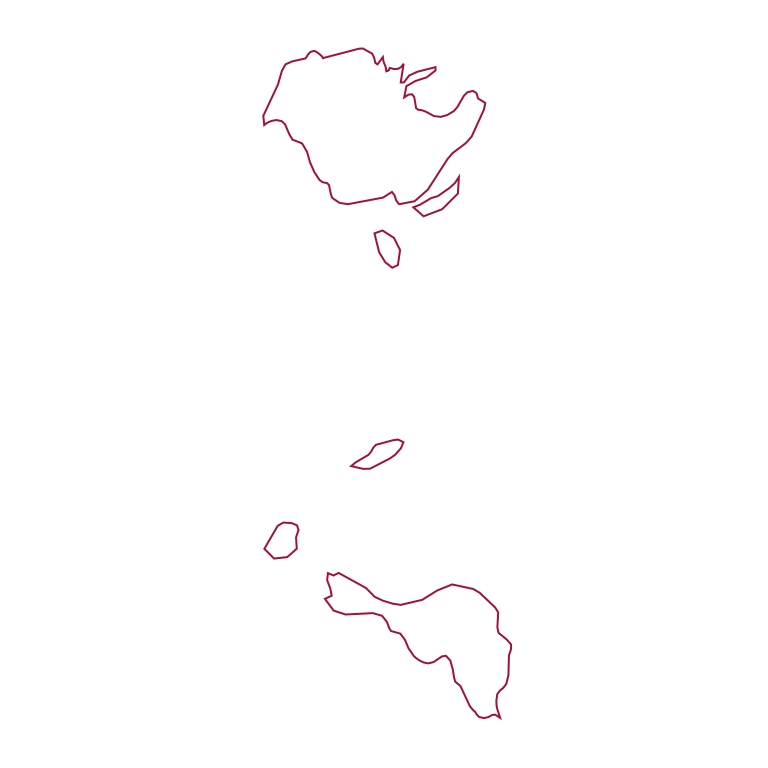 Shefa, Albers equal-area conic projection, rotated 179°
{"feature_id": "VUT-565", "entity_name": "Shefa", "entity_type": "Province", "adm_level": 1, "iso_a3": "VUT", "parent_name": "Vanuatu", "parent_adm1": "", "projection": "albers", "projection_center": [168.336, -17.198], "detail": "fine", "context": "isolated", "style": "outline", "palette": "rose", "viewbox_px": 768, "rotation_deg": 179, "n_neighbors": 0, "source": "natural_earth", "source_scale": "10m", "svg_char_len": 2621}
<svg xmlns="http://www.w3.org/2000/svg" viewBox="0 0 768 768"><g transform="rotate(179 384 384)"><path d="M481.7,648.6L486.9,649.8L492.0,649.0L496.4,647.1L499.2,645.0L500.0,654.2L484.8,685.3L480.6,698.9L476.8,705.4L470.0,708.2L456.8,710.9L455.8,712.2L454.3,714.7L451.9,717.2L448.1,718.3L445.5,717.1L442.3,714.6L439.8,712.1L439.4,710.9L403.1,719.7L399.2,719.8L390.2,714.6L388.2,710.6L387.1,705.3L384.9,703.7L379.4,710.9L378.9,706.5L376.8,701.0L376.2,696.6L374.0,697.4L373.7,697.6L373.7,698.2L372.7,699.9L368.5,698.7L364.5,698.9L361.3,700.6L358.8,703.9L362.0,685.2L358.8,685.2L353.5,692.0L345.3,695.6L327.0,699.9L327.0,696.6L335.9,689.9L347.3,686.4L356.4,681.4L358.8,670.2L354.5,672.9L351.0,673.2L348.8,670.6L347.1,659.3L344.9,657.5L341.5,657.1L337.5,655.6L329.3,651.0L322.5,650.1L316.2,651.8L309.5,655.6L305.9,659.5L299.0,670.9L295.6,674.2L289.9,675.5L286.5,673.3L285.0,667.9L277.8,663.2L279.3,656.6L292.0,629.9L298.0,623.4L311.2,613.8L316.5,607.9L336.9,577.4L350.2,566.2L365.7,563.5L368.4,566.9L370.2,572.5L372.7,575.9L381.7,570.4L417.0,564.4L425.3,565.9L432.5,570.9L433.7,574.2L435.5,583.9L437.5,585.9L441.9,586.8L444.9,589.1L449.9,597.0L454.1,606.9L456.9,617.5L461.7,626.0L471.2,629.9L474.3,635.3L478.4,645.4L481.7,648.6ZM298.4,177.5L291.9,173.5L276.7,158.6L273.8,153.6L274.9,138.7L273.8,133.2L265.6,126.2L261.5,121.3L261.6,116.7L263.8,110.3L264.7,90.4L267.0,81.9L270.2,78.0L273.5,75.4L276.2,71.8L277.2,65.0L277.0,59.9L276.2,56.3L273.7,48.2L278.7,51.5L281.9,51.1L285.0,49.3L289.7,48.2L294.7,49.4L297.2,52.1L298.6,54.7L300.2,55.9L303.8,60.4L312.8,80.6L318.0,85.2L319.0,89.0L320.2,97.4L322.5,106.3L326.8,111.2L330.8,110.6L339.3,105.1L344.4,103.9L348.8,104.7L352.9,106.7L356.3,109.1L358.7,111.2L364.1,119.3L367.4,127.6L372.0,134.1L381.3,136.9L383.0,139.7L385.2,146.0L390.0,152.3L399.2,155.1L426.5,154.2L438.3,158.3L446.8,170.2L440.0,173.2L441.3,180.5L444.3,189.0L443.3,195.9L437.9,193.4L432.7,195.9L405.5,180.3L397.1,171.4L388.7,167.3L378.7,164.1L371.0,162.9L349.6,167.5L334.4,176.6L319.4,182.4L298.4,177.5ZM487.1,247.2L478.7,246.5L473.5,244.2L472.0,239.6L474.6,232.2L474.1,220.8L483.8,212.6L497.0,211.4L506.5,221.3L492.8,244.0L487.1,247.2ZM400.7,313.5L397.9,316.8L395.9,320.4L393.2,323.3L376.1,327.6L370.9,328.2L365.6,325.5L368.2,319.4L374.2,313.0L379.3,309.5L399.3,299.6L406.3,299.5L418.2,302.5L413.9,306.0L400.7,313.5ZM365.6,517.7L368.0,502.7L373.7,500.1L380.6,505.7L386.6,515.9L390.9,534.8L382.8,537.5L371.5,529.9L365.6,517.7ZM305.5,589.6L306.8,573.1L322.7,557.8L341.5,551.0L351.6,560.2L345.1,562.5L333.7,569.0L326.9,570.9L314.9,579.0L309.6,583.7L305.5,589.6Z" fill="none" stroke="#9f1239" stroke-width="2"/></g></svg>